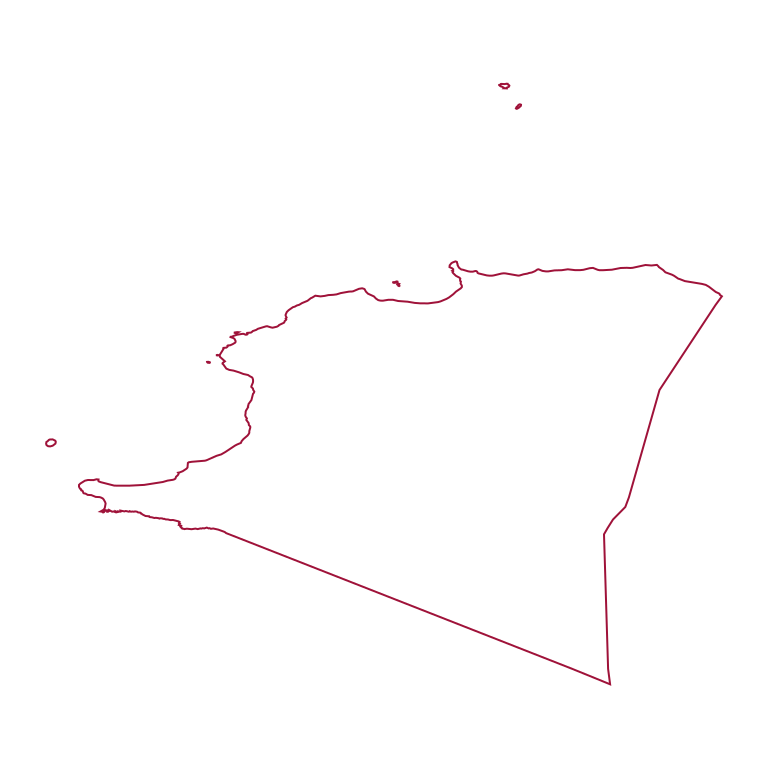 Tjörneshreppur, Norðurland eystra, Iceland
{"feature_id": "244011B23966539039805", "entity_name": "Tjörneshreppur", "entity_type": "district", "adm_level": 2, "iso_a3": "ISL", "parent_name": "Iceland", "parent_adm1": "Norðurland eystra", "projection": "equal_earth", "projection_center": [-17.235, 66.145], "detail": "fine", "context": "isolated", "style": "outline", "palette": "rose", "viewbox_px": 768, "rotation_deg": 0, "n_neighbors": 0, "source": "geoboundaries", "source_scale": "gbopen_adm2", "svg_char_len": 6061}
<svg xmlns="http://www.w3.org/2000/svg" viewBox="0 0 768 768"><path d="M721.9,296.3L720.2,295.1L719.7,294.5L719.5,293.8L718.9,293.4L715.8,292.0L708.9,286.7L705.8,284.9L701.9,283.9L684.9,281.1L679.5,279.0L678.3,278.7L674.1,275.8L672.0,274.7L665.4,272.3L663.1,270.0L658.8,267.0L658.5,266.4L656.9,264.9L651.5,265.5L645.5,265.0L632.7,267.8L630.3,268.0L626.8,267.8L620.6,268.0L611.9,269.7L603.0,270.2L599.5,270.2L597.7,269.8L593.0,267.9L589.7,268.2L583.4,269.8L580.4,270.1L574.8,270.1L567.8,269.3L561.7,270.2L554.5,270.4L548.2,271.4L546.0,271.4L542.4,270.9L538.6,269.3L537.4,269.5L534.9,271.2L531.8,272.5L529.1,273.0L527.4,273.6L523.5,274.3L519.5,275.5L518.2,275.6L505.5,273.4L503.5,273.3L501.3,273.6L493.8,275.4L491.8,275.7L489.6,275.7L486.8,275.4L478.5,273.4L477.6,272.9L477.2,271.7L476.3,271.1L475.3,271.0L472.7,271.7L470.6,271.7L468.1,271.3L462.8,269.7L461.3,269.5L459.2,267.9L458.4,266.7L457.5,264.9L457.6,264.2L457.0,262.8L457.0,262.1L456.4,261.7L455.4,261.4L452.6,262.5L451.4,263.2L449.7,265.3L449.5,267.1L452.3,268.4L453.2,269.2L453.2,270.2L452.2,270.8L453.1,271.5L452.6,272.4L453.2,273.2L455.9,275.8L459.5,277.7L460.3,278.6L460.0,279.9L460.3,281.1L460.9,281.5L460.6,283.6L461.8,285.5L461.9,287.0L460.8,288.3L456.0,291.6L453.3,294.2L449.1,297.4L446.5,298.9L440.5,301.4L438.0,302.1L428.0,303.4L419.8,303.3L414.7,302.9L407.6,301.7L398.1,301.0L393.0,299.8L388.3,299.8L382.8,300.7L380.3,300.6L378.2,300.1L376.0,298.6L373.9,296.4L368.0,293.7L365.9,291.6L364.6,289.2L363.9,288.8L362.1,288.3L359.0,288.8L353.1,291.3L351.8,291.5L349.1,291.6L340.7,293.1L336.5,294.4L333.3,294.8L328.3,295.1L324.7,295.9L320.5,296.4L315.3,295.7L312.2,297.6L310.8,298.2L307.5,300.8L302.0,303.1L299.2,304.8L296.8,305.5L294.9,306.6L292.9,307.2L288.6,310.2L286.8,312.0L285.6,314.8L285.6,315.6L286.6,317.5L285.7,318.5L286.3,319.3L286.1,319.8L284.7,321.1L284.2,322.5L283.6,322.9L279.8,324.7L279.0,325.1L278.5,325.8L276.9,326.7L272.6,327.7L271.0,327.4L267.1,326.2L265.8,326.4L257.9,328.8L256.2,329.9L252.7,331.1L252.1,331.8L250.9,332.6L247.1,332.9L247.0,333.1L247.6,333.6L247.6,334.0L247.3,334.4L246.5,334.7L245.5,334.7L243.8,333.9L242.1,333.9L236.8,334.8L233.3,336.0L232.2,336.6L230.6,336.8L230.5,337.1L233.5,338.1L234.5,338.9L235.5,340.8L235.6,341.9L235.1,342.7L232.6,344.2L230.1,345.3L228.0,345.4L227.5,345.7L227.7,346.4L227.3,346.9L226.4,347.6L223.4,347.9L223.2,348.2L223.5,348.9L220.0,354.5L219.7,355.5L220.0,356.9L224.9,361.3L222.7,362.9L222.5,363.7L223.2,364.3L226.3,368.6L229.3,369.9L233.5,370.6L239.0,372.3L243.4,374.0L248.0,375.0L250.3,376.5L251.8,377.2L252.5,378.0L253.0,379.5L253.1,381.1L252.9,382.6L251.4,386.2L251.3,386.9L252.9,388.5L253.2,389.9L254.3,391.6L254.0,392.6L253.0,393.9L251.4,400.1L248.5,404.1L248.3,405.5L247.9,406.2L248.2,407.0L246.0,410.6L245.6,411.9L245.6,413.2L245.3,414.8L245.3,415.7L245.9,417.1L246.9,418.4L246.3,419.9L248.6,423.0L248.9,425.1L250.2,426.4L250.3,427.6L249.3,431.1L249.3,432.8L248.7,434.0L247.6,435.5L243.4,439.1L241.6,441.2L240.9,442.9L237.1,444.5L235.0,445.6L225.2,452.1L221.2,454.4L216.6,455.8L206.4,460.3L204.9,460.7L191.7,461.8L188.7,462.3L187.9,462.9L187.5,467.5L186.5,468.7L182.7,471.2L179.7,472.4L178.2,472.7L178.7,473.3L178.3,474.5L177.5,475.5L176.1,476.7L175.4,478.6L174.4,479.3L172.9,479.8L167.6,480.6L162.8,482.0L144.2,484.9L128.7,485.7L118.9,485.7L114.2,485.6L100.5,482.1L98.6,481.3L98.3,480.4L98.5,479.5L96.4,479.3L93.5,480.1L87.9,480.0L84.9,480.7L80.4,483.5L79.0,484.9L79.0,486.7L80.0,488.7L80.9,489.1L81.2,489.6L81.1,490.1L81.4,490.5L82.3,490.7L82.7,491.1L83.4,493.0L84.0,493.4L85.5,493.6L87.7,494.9L91.3,495.1L95.7,496.9L99.5,497.1L100.9,497.5L102.7,498.4L103.7,499.5L105.2,502.2L105.6,503.6L104.8,507.9L103.7,509.7L100.5,511.5L102.8,511.9L103.0,512.4L103.5,512.4L104.0,512.1L104.1,511.5L105.2,510.9L105.1,510.3L105.3,510.1L105.9,510.2L107.4,511.2L107.2,511.7L107.9,511.8L108.5,511.4L107.3,510.4L108.1,510.2L109.0,510.9L109.6,510.9L109.5,510.2L112.1,511.7L114.9,511.3L115.1,511.5L114.5,511.8L116.1,512.4L116.4,512.3L116.1,511.5L117.5,512.1L117.9,512.0L117.6,511.5L117.7,511.3L120.4,511.7L121.6,511.2L120.6,511.0L120.5,510.6L124.4,511.4L125.8,511.0L128.9,511.7L129.5,511.5L129.7,511.2L131.0,511.7L132.5,511.5L133.9,511.7L135.0,511.4L137.0,511.7L138.0,512.4L140.4,512.7L140.8,513.0L140.9,513.5L141.7,513.8L142.4,514.4L145.5,516.0L149.2,516.3L149.4,516.9L149.9,517.1L151.9,517.3L154.4,518.0L155.9,517.8L158.6,518.2L159.3,518.6L160.0,518.3L162.1,518.4L163.3,518.9L164.2,518.8L165.7,519.4L168.1,519.5L170.2,520.1L173.1,520.0L178.6,521.4L179.5,521.9L179.1,522.5L179.9,523.5L178.9,524.0L179.1,524.7L178.9,525.0L181.0,525.7L180.3,526.6L180.6,527.0L181.7,527.5L181.7,528.3L183.0,528.8L183.8,528.8L184.3,529.1L186.9,528.7L191.6,529.2L195.4,528.6L197.8,529.1L200.4,528.4L201.2,528.6L202.7,528.2L204.3,528.4L206.8,527.6L208.6,528.4L209.6,528.2L210.9,528.8L213.2,528.5L218.2,529.6L224.0,531.7L225.0,532.2L226.1,533.1L572.3,668.9L610.1,684.3L608.1,668.9L604.0,534.3L607.7,527.9L613.0,519.5L625.3,507.0L628.9,497.4L659.5,390.0L715.6,304.9L721.9,296.3ZM50.2,446.4L52.7,445.7L55.4,443.6L55.8,441.9L55.3,440.7L52.7,439.4L49.8,439.5L48.9,439.9L47.6,441.2L46.4,442.0L46.1,443.8L46.6,445.2L48.1,446.2L50.2,446.4ZM507.5,83.8L506.6,83.7L504.6,84.1L501.3,83.9L500.8,84.0L500.7,84.2L501.0,84.4L500.7,84.6L499.2,84.9L499.2,85.2L500.0,85.6L500.2,86.1L501.3,86.6L502.1,86.7L503.6,87.6L504.2,88.0L503.9,88.3L506.8,88.4L506.7,87.7L508.8,86.8L509.4,85.7L509.2,85.3L507.4,84.2L507.5,83.8ZM517.2,108.7L518.9,107.7L520.9,105.8L521.0,104.7L519.9,104.3L519.2,104.5L518.3,105.1L517.2,106.7L516.7,106.8L515.9,108.4L516.4,108.8L517.2,108.7ZM397.6,282.4L397.5,281.6L396.8,281.4L394.6,282.1L392.4,282.2L394.0,282.9L397.6,282.4ZM236.9,333.0L238.4,332.2L237.3,332.1L233.9,332.6L235.4,333.1L236.9,333.0ZM399.1,286.1L399.5,285.8L399.3,285.2L398.3,284.9L398.2,284.2L398.8,283.8L398.2,283.6L397.6,283.8L397.2,284.5L398.0,285.0L398.3,285.8L399.1,286.1ZM209.9,362.6L209.8,362.2L208.3,361.8L207.1,361.9L207.2,362.3L207.7,362.7L209.4,362.9L209.9,362.6ZM218.5,355.3L218.4,355.1L217.4,354.9L216.0,355.2L217.8,355.5L218.5,355.3Z" fill="none" stroke="#9f1239" stroke-width="2"/></svg>